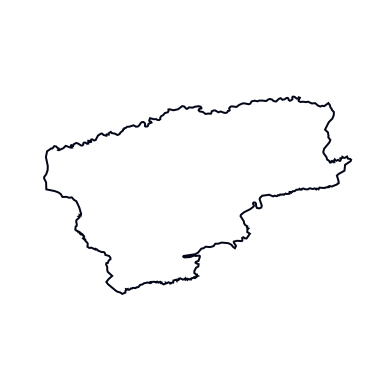 Kasongo-Lunda, Bandundu, Democratic Republic of the Congo (Natural Earth projection), rotated 101°
{"feature_id": "63176286B94968684087840", "entity_name": "Kasongo-Lunda", "entity_type": "district", "adm_level": 2, "iso_a3": "COD", "parent_name": "Democratic Republic of the Congo", "parent_adm1": "Bandundu", "projection": "natural_earth1", "projection_center": [17.609, -7.011], "detail": "fine", "context": "isolated", "style": "outline", "palette": "ink", "viewbox_px": 384, "rotation_deg": 101, "n_neighbors": 0, "source": "geoboundaries", "source_scale": "gbopen_adm2", "svg_char_len": 6015}
<svg xmlns="http://www.w3.org/2000/svg" viewBox="0 0 384 384"><g transform="rotate(101 192 192)"><path d="M155.4,49.7L153.6,50.1L148.2,52.9L146.3,51.5L142.0,46.4L136.1,46.9L131.5,42.2L130.1,41.9L129.4,42.9L129.5,45.2L127.6,46.6L129.3,48.4L129.4,49.6L128.8,51.1L129.9,51.1L130.7,52.8L131.5,52.1L133.1,52.4L133.3,52.8L132.6,54.9L133.8,56.2L133.7,57.0L132.7,58.1L134.6,58.9L135.6,58.2L135.8,59.0L134.8,60.6L135.4,61.3L136.4,61.2L136.8,62.0L135.1,63.6L134.4,65.5L132.1,66.7L129.1,69.9L127.7,70.8L124.2,70.5L117.3,66.7L114.6,66.1L112.2,68.7L110.9,68.7L107.6,69.9L105.4,73.3L97.5,71.1L93.1,68.2L89.5,67.5L86.4,68.0L84.6,70.5L83.7,70.8L82.6,72.2L80.4,73.3L78.7,75.1L82.5,78.6L82.5,80.5L83.6,82.4L83.1,84.9L81.3,88.0L82.2,91.2L81.2,95.4L82.0,97.1L82.2,100.2L82.9,102.6L82.6,104.2L81.9,104.9L78.9,104.1L78.7,105.3L79.8,105.7L80.4,107.0L79.1,109.3L79.0,110.8L79.3,111.4L80.1,111.6L81.6,111.1L82.9,112.0L83.8,113.5L83.1,114.7L81.6,115.4L81.4,116.3L81.7,117.2L83.3,118.7L84.2,120.8L83.0,122.9L84.0,124.5L87.1,126.7L87.2,129.1L86.0,131.2L85.8,133.3L86.7,134.9L88.5,136.4L88.9,140.8L89.5,143.5L90.5,145.1L90.4,147.9L91.7,150.8L94.2,151.7L95.0,153.0L95.0,157.4L95.4,159.2L97.5,162.3L100.0,164.5L100.3,169.1L100.9,170.5L102.7,171.5L104.4,170.6L105.0,170.8L105.6,172.2L107.0,172.6L107.9,173.8L108.1,175.6L107.5,179.2L108.7,181.3L107.5,184.9L107.7,186.0L109.0,188.0L111.3,188.2L111.7,188.7L111.8,190.6L112.8,193.7L111.4,196.5L111.4,199.9L110.6,201.1L108.9,200.7L108.3,198.8L107.8,198.7L106.6,199.8L106.5,201.9L107.9,205.8L109.1,207.5L109.5,211.1L111.2,212.5L111.4,213.4L109.6,215.9L109.5,217.9L113.5,221.6L115.3,225.9L115.1,229.9L115.5,230.9L117.0,230.5L118.4,231.0L119.7,233.7L121.9,234.9L123.6,236.8L124.9,237.3L126.5,237.0L127.7,238.1L127.8,239.8L127.3,241.2L127.8,243.2L127.6,247.3L130.2,247.6L130.7,247.1L130.9,245.5L131.6,245.0L133.4,247.7L135.5,247.9L136.3,248.6L136.6,250.3L136.2,250.8L134.6,250.9L133.3,251.6L132.6,252.9L132.9,254.4L134.1,255.5L136.5,256.4L138.0,257.6L138.6,259.4L137.7,262.1L139.8,265.9L140.4,268.2L141.8,269.3L142.3,270.6L143.2,270.7L143.7,271.6L144.8,271.5L147.2,273.5L149.1,274.3L150.3,276.1L149.4,278.8L149.5,281.9L148.5,283.2L150.3,285.0L151.6,284.7L151.8,286.8L153.1,286.8L152.9,289.8L151.9,291.2L152.0,292.4L154.6,295.1L159.4,296.5L160.1,298.0L159.4,299.8L159.6,300.8L160.2,301.1L162.0,300.6L162.5,301.6L161.4,302.7L161.5,303.6L164.3,303.1L164.7,304.1L163.9,305.8L164.0,307.3L165.0,308.0L166.4,307.8L167.3,308.6L167.5,309.8L166.2,313.0L166.0,315.1L167.8,317.3L169.4,317.4L169.0,319.4L169.5,319.7L171.3,318.3L171.6,319.3L170.8,324.8L173.5,326.6L176.4,330.7L176.3,331.4L175.5,330.9L174.7,331.1L174.3,332.6L173.2,334.1L173.3,336.0L175.9,337.3L176.1,338.5L179.7,342.0L185.5,342.1L194.1,338.5L198.2,337.9L202.4,338.5L205.5,340.0L207.0,339.7L210.3,337.1L217.2,335.5L217.3,326.9L217.9,323.1L219.1,320.4L221.6,318.2L220.7,314.2L221.1,311.5L220.3,309.4L220.5,308.5L222.1,306.6L223.2,303.7L228.9,299.6L234.8,296.6L236.4,296.7L236.1,297.8L236.7,297.6L237.5,298.5L237.7,297.8L238.4,297.6L241.7,300.1L243.2,300.0L245.8,298.9L247.4,298.8L248.1,299.6L251.2,299.4L252.1,297.8L252.2,296.7L252.8,296.3L252.5,295.7L253.0,294.4L253.7,294.6L254.6,293.5L253.8,293.0L254.0,292.2L254.7,292.0L254.7,291.2L255.2,291.2L255.5,290.1L256.3,289.4L257.0,289.8L257.6,289.2L258.4,290.0L259.2,288.5L259.1,287.7L260.0,287.6L262.0,284.9L263.0,284.4L265.7,284.2L266.5,282.2L265.8,280.0L266.6,277.3L266.2,276.2L266.9,275.8L266.4,275.0L266.7,274.0L267.3,273.6L268.2,269.3L267.8,267.0L268.4,266.0L270.3,265.0L270.6,261.2L272.0,259.6L273.4,259.2L275.3,260.7L277.7,261.1L278.2,262.5L279.7,262.4L281.8,260.9L284.9,260.3L286.5,259.4L289.6,254.3L293.5,257.3L296.7,258.9L298.5,256.9L303.4,248.0L304.2,245.9L304.3,243.3L305.3,241.0L303.5,238.2L301.7,238.5L300.7,237.8L299.9,238.2L299.9,237.1L299.4,236.5L300.1,236.0L299.8,234.7L298.3,233.5L298.1,232.4L297.4,231.8L297.1,229.0L296.2,228.4L295.6,226.5L293.2,225.3L292.1,222.9L290.9,221.9L289.3,218.4L289.5,215.8L289.0,214.9L288.2,215.4L287.3,211.7L287.7,209.9L287.5,209.5L287.0,209.9L286.6,208.9L287.3,207.3L286.2,206.1L286.4,205.4L287.2,205.1L286.8,204.4L287.5,204.0L288.1,202.2L286.7,200.2L286.1,200.4L286.4,199.4L285.1,197.8L285.4,196.1L286.0,195.9L285.8,195.3L284.5,194.0L284.5,193.2L282.4,193.3L281.1,190.7L282.0,189.9L281.5,189.8L281.0,188.5L280.1,187.9L279.8,188.5L279.5,188.2L279.0,187.0L279.7,184.6L279.4,183.3L278.7,182.8L279.2,182.0L278.1,181.7L278.9,181.0L278.3,180.2L278.9,179.7L278.1,179.3L278.3,177.6L277.6,177.0L278.0,176.3L276.7,175.8L275.9,174.0L276.0,172.8L275.2,171.9L274.8,172.9L273.2,170.2L272.7,171.3L272.1,171.4L272.2,172.2L271.0,174.3L269.1,174.6L265.5,173.5L263.9,171.6L261.6,171.7L261.2,174.4L260.7,175.1L259.7,174.7L258.4,172.5L254.2,171.9L253.3,172.2L253.1,172.6L254.1,176.4L254.0,177.9L256.2,181.4L257.6,186.6L257.5,187.8L256.9,188.3L256.4,188.0L252.5,177.1L250.5,174.6L245.8,172.0L245.0,170.0L243.1,168.1L242.6,163.6L241.0,160.5L238.4,159.3L237.6,156.1L236.0,153.3L235.3,146.6L236.3,143.2L237.9,141.4L239.0,139.2L236.5,138.5L233.8,141.2L232.7,141.5L231.3,138.5L230.7,133.7L229.7,133.3L227.6,134.0L227.1,133.6L226.6,132.9L227.4,131.3L227.2,129.6L221.9,127.2L220.8,130.1L218.3,130.5L217.0,129.6L216.5,131.3L215.1,131.2L214.3,133.4L212.9,134.8L210.8,135.6L206.5,139.7L205.2,139.7L202.0,137.1L197.5,131.3L194.4,128.7L193.3,128.7L191.8,129.9L190.7,129.7L190.4,129.2L190.3,128.1L191.0,127.1L193.8,126.3L195.3,125.1L195.2,122.7L194.0,121.0L192.1,120.9L186.1,124.3L184.8,124.1L182.3,122.4L180.0,115.7L180.8,111.5L179.8,110.1L180.0,108.3L179.4,107.2L178.7,107.0L178.5,105.4L177.6,105.0L177.5,103.1L176.9,102.3L177.2,101.3L175.7,99.9L175.9,98.6L175.1,96.1L174.5,96.3L173.7,94.9L173.2,95.5L173.0,94.4L173.4,94.1L172.0,93.2L171.6,91.4L169.9,90.0L169.2,87.5L168.4,87.1L169.0,85.9L168.7,84.8L168.1,84.8L167.3,83.4L167.7,81.2L167.3,78.8L165.9,77.2L166.0,73.9L165.1,72.4L165.7,70.7L165.0,70.6L164.8,69.6L165.2,68.3L163.4,67.7L162.8,62.5L162.1,61.9L161.2,58.8L160.7,59.2L159.9,58.2L160.0,55.9L156.7,50.8L156.0,50.7L155.4,49.7Z" fill="none" stroke="#020617" stroke-width="2"/></g></svg>